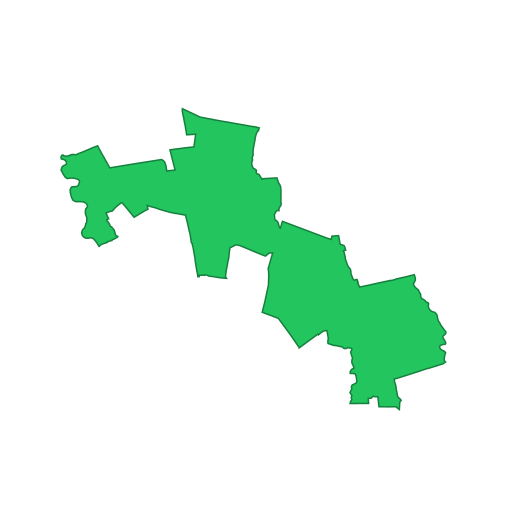 Ulmi, Dâmbovita, Romania (Robinson projection), rotated 221°
{"feature_id": "2599482B32143237238220", "entity_name": "Ulmi", "entity_type": "district", "adm_level": 2, "iso_a3": "ROU", "parent_name": "Romania", "parent_adm1": "Dâmbovita", "projection": "robinson", "projection_center": [25.49, 44.891], "detail": "fine", "context": "isolated", "style": "filled", "palette": "green", "viewbox_px": 512, "rotation_deg": 221, "n_neighbors": 0, "source": "geoboundaries", "source_scale": "gbopen_adm2", "svg_char_len": 6054}
<svg xmlns="http://www.w3.org/2000/svg" viewBox="0 0 512 512"><g transform="rotate(221 256 256)"><path d="M389.5,324.1L408.2,318.9L407.2,317.6L406.7,317.0L402.9,314.0L401.3,312.9L397.8,310.0L394.7,307.7L391.4,304.9L390.2,304.0L389.1,303.0L387.8,302.0L381.4,308.3L374.4,297.6L379.5,292.2L390.6,279.7L373.5,267.8L379.1,261.6L382.9,264.8L385.8,266.6L386.5,267.0L388.4,267.2L390.1,267.0L390.7,266.7L409.6,244.2L424.2,226.6L436.4,231.0L438.5,231.7L445.1,234.2L447.8,235.3L450.9,229.5L451.0,229.1L454.6,221.7L456.8,217.5L457.2,216.9L458.2,214.6L459.0,213.5L460.4,213.0L462.3,210.8L462.5,210.5L462.4,209.8L462.6,209.3L463.1,208.9L464.3,207.1L466.7,205.6L467.7,205.6L468.1,205.5L468.5,205.0L468.6,204.3L468.0,202.5L466.6,201.5L465.4,202.2L463.9,202.8L462.9,202.9L461.8,202.8L461.1,202.6L459.9,201.7L459.4,200.8L459.6,199.7L460.3,198.6L460.8,196.6L460.6,195.3L460.0,194.1L459.6,193.0L455.8,191.5L451.8,190.3L450.3,190.4L449.1,190.7L448.3,191.8L446.4,193.8L444.3,195.4L441.6,196.6L440.2,197.1L439.0,197.1L438.1,196.6L436.6,193.2L436.5,191.8L437.4,190.2L438.8,189.0L440.3,187.5L440.4,186.3L439.8,184.2L437.7,182.0L434.3,179.6L432.3,178.6L430.8,178.0L427.8,178.7L424.2,181.8L421.9,183.5L419.3,184.2L417.2,184.0L415.5,182.6L415.4,179.9L414.5,178.3L413.0,176.4L408.6,173.7L405.9,170.4L405.6,168.5L404.6,166.8L403.9,165.0L403.9,164.2L404.1,162.6L403.8,161.1L402.7,159.0L400.8,157.7L398.5,157.2L396.2,157.8L394.4,159.2L392.7,161.4L390.4,162.4L388.6,162.3L385.0,161.6L380.7,160.3L380.2,163.7L380.0,163.8L377.1,168.8L377.1,169.1L377.5,169.4L374.9,173.2L375.0,173.3L375.1,173.6L374.8,174.6L374.1,175.9L373.4,177.8L372.9,179.8L373.0,180.1L375.1,179.6L375.7,179.8L376.2,180.0L378.9,181.9L380.3,182.6L383.3,183.1L384.1,183.2L385.0,183.0L385.7,183.0L387.9,184.1L388.7,184.4L389.9,184.7L391.1,184.8L391.8,185.0L392.5,185.3L392.6,185.5L391.6,187.4L397.4,190.1L395.7,193.4L394.3,195.1L393.9,195.8L393.9,198.7L393.9,200.6L393.3,204.2L392.6,207.7L392.4,208.0L392.0,208.3L386.8,207.6L379.0,206.2L377.8,206.1L376.1,205.7L373.4,205.3L369.5,217.4L368.2,220.4L371.2,222.8L368.0,224.1L366.1,225.1L362.3,226.9L360.7,227.4L359.5,227.9L353.8,230.5L352.9,231.0L349.7,232.4L346.9,234.1L345.8,234.6L343.8,235.9L343.2,236.4L342.1,236.9L340.4,237.9L339.4,238.6L338.1,239.3L336.0,240.6L335.5,240.2L329.5,236.0L322.1,230.6L320.9,229.9L313.4,223.6L312.4,223.6L311.2,222.5L309.4,221.4L299.6,213.4L298.7,212.4L291.8,206.7L291.3,206.3L291.2,206.4L290.2,205.5L290.3,205.5L287.8,203.6L286.4,202.2L285.3,203.0L286.3,204.4L284.2,205.8L284.2,206.3L282.1,207.7L282.4,208.1L281.4,209.0L280.3,209.4L278.4,209.9L275.3,212.0L269.6,215.5L265.4,218.4L263.6,219.8L265.5,220.4L269.3,226.1L271.7,230.4L273.7,233.6L274.1,234.6L274.7,235.6L275.9,237.6L278.1,240.5L281.0,245.1L278.4,251.4L277.7,251.9L274.7,253.4L256.8,259.3L249.1,262.0L248.9,262.1L248.6,262.6L248.5,264.0L248.3,265.2L248.0,266.5L247.6,267.4L247.5,267.6L246.0,268.6L245.4,269.2L238.5,254.4L236.2,252.4L233.0,249.0L227.5,242.1L219.4,227.4L214.4,217.6L198.2,223.6L177.5,218.9L171.3,217.3L163.3,215.2L163.1,215.0L158.0,237.8L157.5,237.7L157.2,237.5L156.3,242.1L155.2,244.6L153.5,246.2L147.4,241.3L145.9,238.8L144.3,237.2L138.9,239.4L136.9,240.8L132.0,243.5L131.1,244.1L128.8,243.9L127.0,245.6L126.7,247.0L123.8,248.8L122.4,248.7L121.5,245.5L120.3,244.7L116.0,242.1L115.5,240.6L114.5,239.3L113.6,238.3L111.1,237.2L108.5,235.7L109.4,233.2L109.2,230.9L108.3,229.6L107.9,229.2L104.2,232.1L101.8,231.2L97.4,227.3L97.2,225.3L98.8,221.8L98.2,219.8L96.4,218.4L96.0,216.4L95.5,214.6L94.0,214.1L93.9,214.1L92.2,213.7L91.4,211.8L89.5,210.5L89.1,208.1L88.2,206.4L74.3,218.6L77.9,222.2L75.8,224.2L75.6,227.1L74.5,227.4L71.7,229.7L64.3,222.9L56.2,229.8L51.7,233.9L47.1,234.2L51.5,239.9L51.7,241.0L51.8,242.4L52.3,242.4L53.1,242.6L55.9,242.7L56.9,242.9L60.0,245.3L61.0,246.2L62.1,246.9L65.2,249.7L66.2,250.4L67.3,250.9L68.0,251.5L69.3,252.3L71.0,253.9L69.6,255.7L57.3,275.9L54.8,280.3L52.4,284.1L51.7,285.0L44.1,297.4L43.4,300.4L45.1,300.5L46.4,301.7L48.4,304.9L49.6,307.6L51.7,307.6L53.7,307.0L55.5,306.9L57.0,307.2L58.1,308.3L58.2,309.5L57.1,311.4L56.4,312.5L55.4,313.3L55.3,313.8L55.8,314.9L56.4,315.3L58.9,316.3L61.0,316.9L61.9,317.4L62.2,318.3L62.1,319.7L61.9,321.2L61.9,321.9L62.3,322.6L62.8,323.2L63.7,323.5L65.1,323.7L71.3,325.1L73.6,326.1L75.8,326.7L78.0,328.1L81.0,330.4L82.3,330.6L84.0,330.8L86.9,329.5L88.9,329.4L90.4,329.7L91.2,329.9L92.2,330.4L93.1,331.4L94.6,333.4L95.1,333.6L96.1,333.4L96.4,333.1L98.3,333.0L99.0,333.3L101.1,333.1L102.5,332.7L103.0,332.6L103.5,332.7L104.6,333.1L106.8,335.2L107.2,335.5L108.4,335.7L109.5,336.1L110.5,336.7L111.2,336.9L114.4,336.8L116.6,337.1L117.6,337.3L118.9,338.5L119.8,342.1L120.2,342.7L121.2,343.7L122.2,344.5L124.3,345.7L128.7,339.4L135.5,330.1L135.5,329.5L135.8,329.2L137.7,326.4L138.1,326.1L138.3,326.1L157.4,300.5L162.0,302.7L161.8,303.2L164.5,304.6L166.1,302.1L167.4,302.2L170.4,303.7L173.3,305.4L174.0,306.4L176.1,308.0L179.3,308.5L180.9,309.1L187.1,312.7L188.2,314.0L189.8,315.0L191.5,316.3L193.5,317.3L192.1,319.2L194.7,320.9L196.3,321.6L198.2,321.0L199.2,320.5L199.9,320.0L200.6,320.4L206.3,325.0L207.1,325.5L211.7,320.8L210.1,317.8L215.4,315.6L258.8,299.5L255.9,293.1L256.2,293.0L257.3,293.1L261.3,295.7L262.6,296.1L264.2,296.1L264.9,295.7L265.8,296.0L269.3,299.3L270.1,303.3L269.7,304.4L268.4,305.3L269.5,306.5L270.1,308.0L270.4,310.5L271.1,311.8L272.8,313.3L280.2,321.9L282.7,324.3L284.5,325.3L285.6,325.7L287.4,326.2L287.9,326.5L288.3,326.9L289.6,327.5L291.4,328.7L301.5,318.9L301.7,318.4L301.8,317.9L303.9,318.5L306.1,319.3L307.0,319.4L307.6,319.5L308.9,318.8L309.8,318.7L310.3,318.9L310.8,319.3L311.7,320.8L312.0,320.9L313.2,321.0L315.4,320.5L315.8,320.5L318.7,321.8L319.4,322.5L320.2,323.4L320.8,324.4L321.5,326.1L321.8,326.5L323.0,327.2L323.3,327.6L323.6,328.2L324.1,329.7L324.4,330.3L325.3,331.3L326.0,331.9L327.0,333.3L328.1,334.4L328.1,334.7L332.5,342.2L333.2,343.5L333.8,344.0L334.7,345.8L335.7,347.9L336.3,349.5L336.5,350.5L336.5,351.5L336.3,352.4L336.9,352.9L337.6,354.8L338.7,354.3L341.1,353.1L344.9,350.6L376.7,331.5L389.5,324.1Z" fill="#22c55e" stroke="#15803d" stroke-width="1.5"/></g></svg>